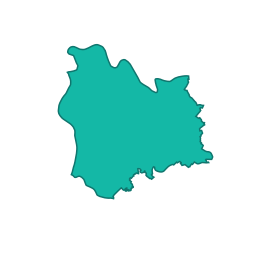 the district of Hung Ha, Thái Bình, Vietnam, rotated 27°
{"feature_id": "81297802B42785936874032", "entity_name": "Hung Ha", "entity_type": "district", "adm_level": 2, "iso_a3": "VNM", "parent_name": "Vietnam", "parent_adm1": "Thái Bình", "projection": "albers", "projection_center": [106.238, 20.593], "detail": "fine", "context": "isolated", "style": "filled", "palette": "teal", "viewbox_px": 256, "rotation_deg": 27, "n_neighbors": 0, "source": "geoboundaries", "source_scale": "gbopen_adm2", "svg_char_len": 5744}
<svg xmlns="http://www.w3.org/2000/svg" viewBox="0 0 256 256"><g transform="rotate(27 128 128)"><path d="M213.8,113.0L212.8,112.5L211.8,112.4L210.7,112.6L208.9,113.3L207.4,113.5L203.1,113.1L203.0,109.5L202.5,109.2L200.6,108.8L200.3,108.9L200.1,108.8L200.1,108.6L200.3,108.0L200.2,107.9L199.7,107.9L199.1,107.5L198.5,107.4L198.4,107.2L198.4,106.6L198.2,106.4L198.2,106.1L197.8,105.7L197.6,105.1L197.2,104.1L196.1,102.9L196.7,101.9L196.1,100.9L196.8,99.1L196.7,98.7L194.7,96.8L193.3,97.9L192.7,96.9L192.2,96.4L192.4,95.2L192.6,94.7L193.3,93.4L193.7,92.3L194.8,90.4L194.3,90.2L194.0,90.1L193.8,88.6L193.3,88.6L192.9,89.2L191.1,88.7L190.5,88.7L190.3,88.6L190.0,87.7L189.5,87.3L187.3,86.3L187.0,86.6L186.9,87.2L185.3,87.2L184.0,86.9L183.2,86.9L184.3,81.9L184.5,81.2L184.8,79.5L184.5,79.4L184.0,78.6L183.8,78.4L183.4,78.3L183.5,78.1L183.3,77.6L183.2,77.2L183.4,77.0L183.8,76.7L184.8,76.6L185.1,76.5L185.2,76.4L185.0,73.6L184.7,73.7L184.0,74.1L181.8,74.5L181.0,74.9L180.1,75.6L179.6,76.3L179.3,76.4L178.7,75.8L177.6,75.0L176.9,74.4L175.4,74.0L172.8,72.9L171.0,72.2L169.6,72.3L167.9,71.4L167.5,70.7L164.4,68.6L163.6,67.8L163.2,68.1L162.8,68.2L162.4,68.0L161.1,68.3L160.7,68.2L160.6,67.6L160.9,66.0L161.2,64.0L161.1,63.2L161.2,62.0L161.1,59.6L160.6,59.4L160.4,59.1L159.2,57.3L160.1,56.9L158.4,54.2L156.6,54.9L154.5,56.1L152.9,57.2L149.8,59.6L147.6,61.9L147.0,62.7L144.9,66.6L144.5,67.1L143.9,67.7L141.7,68.6L138.9,69.4L137.0,69.7L134.7,69.9L133.5,70.2L132.4,70.5L131.4,71.0L130.5,71.6L130.3,71.9L130.2,72.2L130.3,72.8L131.9,75.0L134.0,77.4L136.7,80.0L137.0,80.5L137.5,81.9L137.6,82.7L137.5,83.1L137.2,83.5L136.7,83.8L136.0,83.9L132.6,84.0L131.6,83.8L128.8,82.9L127.9,82.7L126.8,82.6L121.8,82.3L119.6,82.0L118.3,81.7L117.4,81.2L113.7,78.5L101.0,70.2L97.8,69.0L97.1,68.9L94.8,68.6L94.2,68.6L93.7,68.8L92.9,69.2L91.5,70.7L91.1,71.6L90.9,72.3L90.8,73.2L90.8,74.8L90.7,77.8L90.6,78.5L90.2,79.2L89.4,80.1L88.2,80.6L87.2,80.7L84.9,80.6L84.1,80.3L80.4,77.3L77.9,75.0L75.8,72.9L74.1,71.0L72.5,69.4L69.4,67.6L68.4,67.3L67.4,67.2L64.2,67.4L62.8,67.7L61.9,68.2L60.9,68.9L60.3,69.5L58.9,71.1L56.4,74.6L54.0,77.4L52.5,78.4L51.4,78.9L49.8,79.5L49.1,79.7L45.3,79.8L43.2,80.0L42.4,80.3L41.6,80.7L41.0,81.2L40.4,81.7L39.8,82.7L39.3,84.5L39.2,85.2L39.4,86.5L39.8,87.7L40.2,88.1L41.4,88.7L42.1,88.8L46.2,88.2L46.6,88.3L46.9,88.4L52.6,93.5L54.8,95.0L55.1,95.3L55.2,95.7L55.8,98.5L55.9,99.0L55.8,99.5L55.4,100.1L53.7,101.9L51.2,103.9L49.4,105.1L48.7,105.9L49.9,106.5L50.6,106.9L51.3,107.8L54.4,110.6L55.7,112.3L57.0,115.0L57.2,116.0L57.0,119.3L57.1,124.9L57.0,125.9L56.3,128.8L56.0,131.0L55.9,132.1L55.9,136.5L56.1,138.1L56.3,139.3L56.8,140.7L57.9,143.7L58.3,144.6L59.2,145.8L59.9,146.6L61.6,147.7L62.8,148.3L64.8,149.1L65.7,149.3L67.0,149.5L74.3,150.4L75.7,150.7L77.4,151.3L79.1,152.1L79.8,152.7L81.2,153.8L81.8,154.4L82.8,156.1L83.7,158.2L84.1,159.0L89.5,165.8L91.1,168.1L92.2,170.3L93.7,174.1L96.1,182.1L96.8,185.0L97.2,187.6L98.4,192.7L98.7,195.3L100.4,195.3L102.9,196.1L103.3,196.0L104.1,195.5L105.4,193.9L106.2,193.2L107.0,192.9L109.1,192.9L111.7,193.7L112.1,193.9L116.4,197.8L116.7,197.9L117.1,198.0L118.1,198.0L121.0,197.8L123.2,197.8L124.1,197.8L125.0,198.0L125.8,198.2L126.8,198.7L128.6,199.9L130.3,201.3L130.9,201.7L131.5,201.8L133.8,201.8L138.9,200.7L140.9,200.0L143.0,199.1L143.9,198.5L145.8,197.8L147.2,197.5L147.1,197.1L146.7,196.4L145.7,195.7L145.9,195.2L145.9,194.0L147.7,188.5L149.0,184.9L149.2,184.4L149.4,184.4L150.8,185.0L152.1,185.4L152.3,185.3L152.5,185.0L153.0,184.3L153.2,183.9L153.2,183.4L153.5,183.0L153.7,182.3L154.1,182.1L154.2,182.6L154.6,182.8L154.6,183.0L154.4,183.6L154.5,184.0L154.4,184.2L154.3,184.3L153.9,184.2L153.9,184.6L153.7,184.8L153.6,185.0L153.8,185.1L154.0,185.2L154.9,185.2L155.0,185.1L155.2,184.6L155.7,184.3L155.6,183.6L155.9,182.9L156.0,182.9L156.2,183.3L156.4,183.5L157.2,183.8L157.4,183.7L157.1,183.0L157.1,182.8L157.6,182.7L158.6,182.7L158.8,182.4L158.9,182.0L158.8,181.6L158.3,180.7L158.2,180.4L158.7,180.0L158.6,179.6L159.1,179.1L159.6,178.5L159.5,178.2L159.4,178.0L159.1,177.9L158.3,178.0L158.2,177.1L157.3,176.2L157.0,176.0L156.1,176.0L155.8,175.8L155.3,175.1L155.3,174.3L153.3,173.9L153.4,173.2L152.5,172.8L152.7,171.3L153.8,171.3L154.4,168.7L154.9,168.1L154.6,167.9L154.4,167.5L154.2,167.3L154.2,167.1L154.8,166.5L154.8,166.0L155.6,165.5L155.6,164.7L155.8,164.4L156.2,164.2L157.9,164.0L158.1,163.9L157.9,163.4L157.3,162.8L156.5,161.6L155.2,159.9L155.4,159.6L156.8,159.1L157.5,159.1L157.9,159.5L158.7,159.6L158.8,159.7L158.3,160.7L158.5,161.2L158.7,161.5L159.0,161.7L159.8,161.7L160.4,161.8L160.7,161.7L162.6,159.9L162.3,159.4L162.2,159.0L162.4,158.7L162.6,158.7L163.1,159.4L163.6,159.9L164.7,159.9L164.8,160.0L165.2,160.6L165.3,161.3L165.4,161.8L165.7,162.1L166.4,162.1L166.7,162.5L167.6,162.6L170.1,163.1L170.6,163.1L171.4,162.5L172.2,162.9L172.3,162.9L173.4,160.1L172.8,160.1L171.1,159.6L170.3,159.2L170.0,158.7L170.5,158.4L170.6,157.7L170.4,157.3L169.7,156.4L168.9,155.1L168.4,154.1L168.2,151.8L168.4,151.0L169.5,150.9L170.1,151.8L171.1,152.8L171.5,153.0L172.5,153.2L172.9,153.2L174.2,153.1L175.7,152.8L176.6,152.5L177.9,151.9L178.8,151.1L179.4,150.3L179.7,149.5L180.5,146.7L181.3,144.3L181.9,143.1L182.7,141.9L184.1,140.4L184.7,140.1L185.5,140.1L186.8,136.4L187.7,136.7L187.8,136.6L188.5,135.4L189.4,134.3L191.1,134.7L191.2,134.9L190.8,135.6L193.1,136.8L195.5,134.7L199.6,135.6L199.9,134.8L200.0,134.7L200.6,134.6L200.7,133.0L201.1,131.1L202.0,131.1L202.6,128.2L203.8,128.3L205.3,128.4L205.9,128.4L206.7,128.1L207.5,127.5L209.3,125.5L209.7,125.1L211.5,124.3L213.5,123.5L215.6,122.2L215.2,121.9L213.9,122.7L213.7,122.8L213.0,122.0L212.4,121.5L211.7,121.3L211.6,121.2L211.7,120.6L211.9,120.4L216.8,118.0L216.7,115.9L216.4,115.1L215.0,113.9L213.8,113.0Z" fill="#14b8a6" stroke="#0f766e" stroke-width="1.5"/></g></svg>